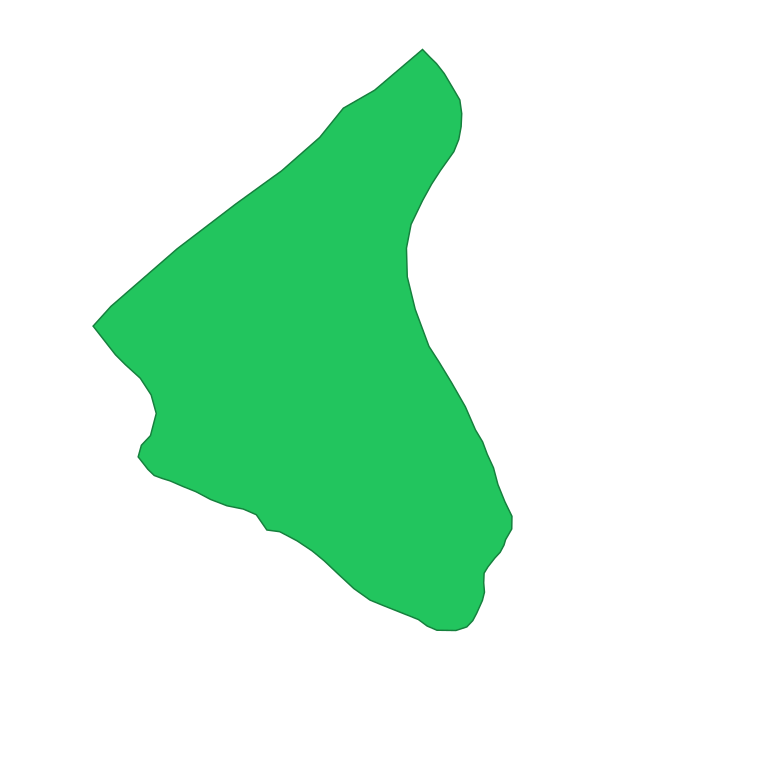 Manutalake, Tuvalu, rotated 142°
{"feature_id": "33948139B42488668501008", "entity_name": "Manutalake", "entity_type": "district", "adm_level": 2, "iso_a3": "TUV", "parent_name": "Tuvalu", "parent_adm1": "", "projection": "natural_earth1", "projection_center": [177.148, -7.242], "detail": "fine", "context": "isolated", "style": "filled", "palette": "green", "viewbox_px": 768, "rotation_deg": 142, "n_neighbors": 0, "source": "geoboundaries", "source_scale": "gbopen_adm2", "svg_char_len": 1155}
<svg xmlns="http://www.w3.org/2000/svg" viewBox="0 0 768 768"><g transform="rotate(142 384 384)"><path d="M147.7,623.9L210.5,621.3L246.2,626.4L282.8,617.9L333.7,615.0L343.3,615.4L389.5,617.1L463.7,617.9L551.4,613.3L577.6,608.7L577.6,572.3L575.9,558.5L572.5,538.6L574.2,518.8L581.6,501.0L599.8,487.1L612.9,485.1L622.6,477.9L622.6,462.0L621.4,453.4L616.9,446.1L612.3,439.5L605.5,427.0L598.6,415.1L591.8,399.9L582.7,384.7L571.9,372.1L565.1,359.6L566.2,341.1L557.1,331.8L549.1,314.0L543.4,296.8L540.0,281.6L537.2,263.1L533.7,241.3L528.0,222.2L521.2,210.3L501.9,177.2L499.0,166.7L493.9,157.4L479.1,145.5L468.3,141.6L459.7,142.9L452.3,146.2L439.8,152.8L433.0,158.1L427.8,166.0L421.6,173.3L414.7,175.9L403.9,178.6L396.0,179.9L388.6,183.2L384.0,186.5L372.6,191.1L364.6,201.0L361.2,216.9L356.1,234.7L349.3,250.6L345.9,265.1L341.9,277.7L340.2,291.5L333.9,316.0L329.9,343.7L327.1,367.5L325.4,386.0L313.4,423.7L299.7,454.1L282.7,477.2L264.4,493.1L240.5,504.9L223.4,512.2L208.1,517.5L185.9,524.1L174.5,530.7L164.8,539.3L156.3,549.2L149.4,561.1L147.7,573.7L145.4,591.5L145.4,604.1L146.6,613.3L147.7,623.9Z" fill="#22c55e" stroke="#15803d" stroke-width="1.5"/></g></svg>